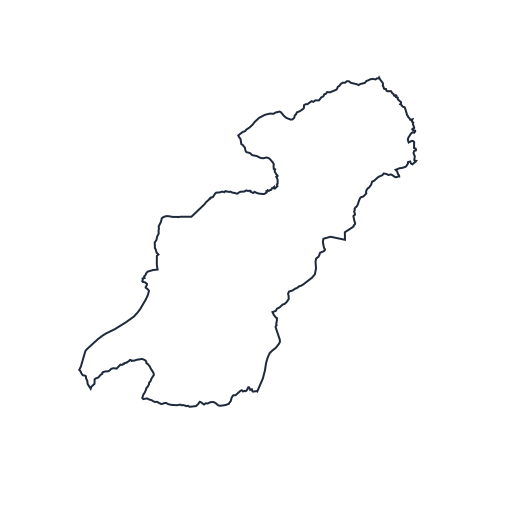 the district of Chimbo, Bolivar, Ecuador, rotated 318°
{"feature_id": "8360857B60997464812695", "entity_name": "Chimbo", "entity_type": "district", "adm_level": 2, "iso_a3": "ECU", "parent_name": "Ecuador", "parent_adm1": "Bolivar", "projection": "albers", "projection_center": [-79.114, -1.677], "detail": "fine", "context": "isolated", "style": "outline", "palette": "slate", "viewbox_px": 512, "rotation_deg": 318, "n_neighbors": 0, "source": "geoboundaries", "source_scale": "gbopen_adm2", "svg_char_len": 6093}
<svg xmlns="http://www.w3.org/2000/svg" viewBox="0 0 512 512"><g transform="rotate(318 256 256)"><path d="M44.3,244.0L46.1,243.0L50.5,242.9L53.5,239.7L55.2,239.8L57.6,240.8L60.9,240.3L63.0,240.7L63.9,239.8L64.4,239.8L66.5,240.8L69.1,242.8L70.5,243.1L73.0,243.0L73.8,243.4L75.2,244.2L77.1,246.4L82.6,246.0L83.3,247.0L84.4,247.6L85.5,247.3L86.0,247.9L86.7,247.7L88.7,248.8L89.2,248.6L90.9,249.1L92.7,248.9L93.3,249.3L93.3,250.7L94.6,251.4L95.3,252.2L97.9,253.3L102.5,256.3L103.7,258.8L103.9,260.8L102.8,262.4L103.3,263.7L103.2,266.7L102.3,269.7L102.1,272.1L101.8,272.4L101.7,274.0L100.6,276.0L96.1,277.2L93.7,278.5L91.9,278.6L90.3,279.9L87.9,280.7L86.0,280.8L85.1,281.6L82.0,283.0L79.4,283.7L76.5,285.4L76.5,286.9L79.7,288.9L80.3,290.6L82.0,293.4L82.5,295.4L83.3,296.9L84.8,298.1L86.4,302.3L87.2,303.1L89.7,304.1L90.9,305.2L91.7,307.5L93.5,310.0L97.3,313.9L100.2,315.7L100.9,317.2L102.3,318.2L104.0,321.2L105.2,321.8L105.8,323.7L111.0,327.4L113.9,327.3L116.6,326.7L117.2,327.7L118.0,331.6L120.1,331.8L121.3,333.2L124.7,334.3L126.7,336.1L127.5,338.1L128.0,341.7L129.0,343.2L130.2,344.1L133.9,346.5L137.1,347.7L137.8,347.3L140.2,346.9L142.7,345.2L145.4,344.3L146.2,344.5L147.4,345.6L148.1,345.8L154.2,345.8L155.4,346.1L155.7,346.6L155.7,348.0L157.3,348.6L157.9,349.6L159.3,349.6L162.5,348.4L163.0,349.0L162.1,351.6L163.2,351.9L163.8,352.4L162.9,353.9L163.0,354.8L166.2,356.9L166.3,357.5L179.2,351.6L186.1,347.0L192.1,342.1L196.9,339.2L201.2,337.3L205.2,337.2L209.1,337.5L214.0,336.7L216.2,335.9L217.6,334.3L223.0,321.9L223.7,321.4L225.0,321.2L225.7,319.9L228.5,317.8L230.0,316.1L229.6,315.4L229.8,311.9L230.7,308.7L233.9,310.0L236.4,309.2L239.1,310.0L243.2,309.9L245.4,310.8L248.1,310.7L251.7,309.8L252.5,308.6L253.6,307.5L254.1,306.2L254.9,305.3L256.8,304.5L260.2,306.1L263.4,306.5L265.0,307.2L267.9,307.4L269.1,308.1L271.6,308.7L282.9,309.6L287.5,309.0L292.3,305.4L296.3,300.2L298.7,298.3L299.4,298.1L301.8,298.4L304.1,297.5L305.1,296.7L305.7,296.5L309.4,297.7L310.5,297.9L311.5,297.4L311.8,297.0L311.6,296.5L312.9,293.8L315.2,290.2L317.7,288.3L324.3,291.6L333.0,303.5L337.9,297.8L348.1,299.4L349.0,298.7L351.0,298.5L351.7,297.8L352.6,295.7L354.9,291.8L355.4,291.4L357.2,291.5L357.9,290.5L358.7,288.6L360.1,288.0L360.6,287.1L362.3,286.4L363.8,286.6L365.8,286.0L370.3,283.4L372.3,282.6L373.6,282.6L374.7,283.3L376.0,283.6L379.9,283.3L380.4,282.2L382.0,281.1L384.2,280.5L385.8,280.8L389.2,280.1L392.0,278.4L393.9,279.1L399.9,279.1L404.0,280.5L406.1,280.1L407.8,282.3L408.6,284.4L410.6,285.5L411.2,286.3L412.2,290.5L412.9,291.2L415.3,292.3L415.6,292.7L416.2,291.9L416.4,290.0L417.5,287.6L417.4,285.4L421.1,286.7L423.7,288.4L426.6,289.7L427.9,289.8L430.9,288.9L431.7,287.9L433.8,288.9L433.1,291.0L433.5,292.5L437.9,292.7L438.7,292.5L437.7,291.3L437.8,290.6L440.7,288.2L441.7,285.3L442.6,284.4L443.9,283.8L445.5,284.5L445.9,284.3L446.5,283.0L445.7,281.5L449.8,277.1L449.7,275.9L448.8,274.7L445.4,273.8L446.6,271.2L448.6,269.9L453.3,268.7L455.2,268.9L456.0,270.2L457.6,270.0L458.1,269.3L457.0,267.7L456.8,266.6L457.3,266.2L459.2,266.7L459.5,266.4L460.9,262.9L462.2,262.0L461.8,260.8L462.0,260.0L463.8,259.1L462.1,258.3L461.7,257.8L462.2,256.7L462.1,254.5L462.5,253.7L462.6,252.3L464.7,248.1L466.0,244.9L465.1,243.5L464.9,241.6L465.4,240.3L464.9,239.7L466.2,239.3L466.7,238.7L466.2,234.5L467.3,233.2L466.4,231.7L467.4,231.2L467.7,230.6L467.3,229.9L466.3,229.8L465.9,229.2L466.5,227.8L466.2,226.1L466.6,223.9L463.7,221.2L463.6,220.4L464.3,218.8L463.3,217.8L463.1,217.1L463.8,216.1L464.1,214.4L465.4,213.3L466.0,212.1L466.3,208.1L466.9,205.7L465.9,206.1L464.7,204.9L463.0,204.8L461.4,202.6L459.1,201.1L457.0,200.6L455.2,199.8L452.7,200.2L448.6,198.0L446.6,197.6L446.0,196.1L442.3,190.6L442.0,188.5L441.5,187.8L440.4,186.9L438.1,186.8L436.3,185.2L434.3,184.9L431.7,185.4L430.0,185.0L427.9,186.1L426.4,186.0L420.4,183.8L418.6,181.8L416.4,182.2L414.9,181.5L413.0,182.4L410.5,181.8L407.0,182.5L404.1,180.0L401.7,179.8L400.8,178.1L395.9,177.6L394.5,176.5L393.0,176.0L392.3,176.3L390.7,178.0L389.7,178.3L385.4,177.7L382.4,176.6L380.6,177.5L378.9,177.5L376.8,178.9L374.5,178.9L373.0,177.8L370.9,173.6L370.5,170.3L370.7,165.8L370.2,164.5L366.6,162.5L364.3,162.1L361.5,159.4L357.2,157.1L350.8,155.4L344.7,155.5L341.7,156.1L337.3,156.2L333.3,155.6L331.3,155.9L329.0,154.9L323.5,154.5L323.0,156.2L322.8,158.7L320.0,162.9L320.5,165.2L320.3,165.8L320.3,167.9L318.6,170.8L318.4,172.4L320.4,175.5L320.6,178.5L323.4,182.1L325.1,186.4L326.9,188.3L329.8,189.9L330.9,191.6L331.2,193.2L331.1,197.5L330.6,199.8L329.3,200.8L327.5,203.2L328.2,204.4L327.0,205.0L326.4,205.9L325.8,208.5L325.8,210.7L325.5,211.0L324.1,210.7L323.6,212.7L322.7,214.3L320.4,216.7L319.4,216.7L318.7,218.4L315.1,218.5L314.7,218.1L315.7,216.8L314.4,216.8L313.1,216.3L311.7,217.0L311.0,216.8L310.5,216.4L309.1,216.2L308.7,214.9L308.2,215.1L307.1,214.8L307.0,215.7L306.3,215.9L303.5,215.4L300.5,212.3L299.0,210.2L297.8,207.3L296.4,207.4L295.9,207.0L295.0,204.6L295.5,204.2L295.5,203.8L293.4,202.1L292.6,200.7L290.5,200.3L287.6,198.0L286.5,197.5L284.0,197.2L283.4,196.8L282.6,195.3L280.7,192.8L280.2,191.2L278.9,190.4L277.1,188.1L277.0,187.5L276.7,187.3L275.1,187.4L274.1,185.6L271.8,184.6L268.8,182.3L267.1,182.3L263.8,183.3L263.1,183.3L261.9,182.4L260.6,182.8L260.2,182.2L258.9,182.6L254.8,182.6L252.3,183.1L234.3,183.6L225.9,176.1L224.1,175.0L223.9,174.5L220.3,171.3L217.5,167.7L215.5,166.0L213.0,165.1L211.2,164.9L208.5,166.9L203.5,168.9L202.0,170.9L200.4,172.1L198.7,174.2L195.2,175.6L192.9,177.4L189.8,178.2L186.2,182.4L185.9,183.8L184.4,187.0L184.5,189.6L182.4,189.6L176.7,195.8L173.8,200.2L170.0,197.5L165.0,195.1L163.5,195.2L160.3,196.4L159.2,196.3L158.4,197.8L157.1,196.9L156.5,196.9L155.9,198.0L154.6,198.6L154.6,199.6L155.9,201.3L156.3,203.7L155.5,204.5L153.1,205.3L152.8,205.7L153.3,208.1L153.2,209.9L152.9,210.5L149.4,212.7L145.2,214.5L134.6,217.9L130.0,218.8L124.7,219.3L114.9,218.2L102.1,215.9L92.7,213.2L88.8,212.5L82.9,212.0L68.3,212.1L66.1,212.3L64.9,212.9L52.0,220.9L48.4,222.4L48.5,224.2L47.7,226.5L47.5,228.7L48.9,230.5L49.1,231.6L47.8,233.3L47.1,235.9L45.3,238.3L44.3,244.0Z" fill="none" stroke="#1e293b" stroke-width="2"/></g></svg>